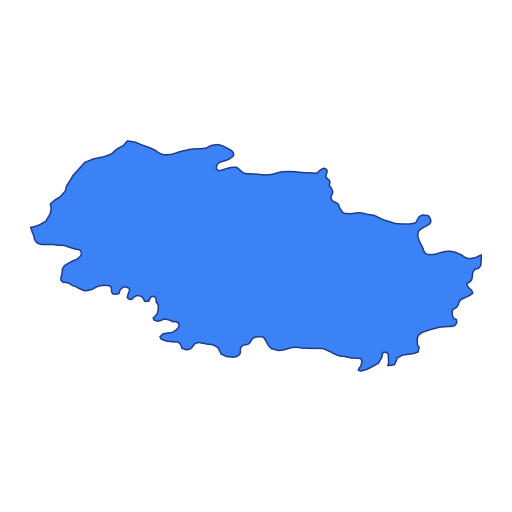 Maladzyechna, Minsk, Belarus
{"feature_id": "67162791B22380901430791", "entity_name": "Maladzyechna", "entity_type": "district", "adm_level": 2, "iso_a3": "BLR", "parent_name": "Belarus", "parent_adm1": "Minsk", "projection": "equal_earth", "projection_center": [26.93, 54.243], "detail": "fine", "context": "isolated", "style": "filled", "palette": "blue", "viewbox_px": 512, "rotation_deg": 0, "n_neighbors": 0, "source": "geoboundaries", "source_scale": "gbopen_adm2", "svg_char_len": 4947}
<svg xmlns="http://www.w3.org/2000/svg" viewBox="0 0 512 512"><path d="M30.7,227.3L32.2,232.0L34.0,236.1L34.4,239.1L36.2,241.9L38.2,243.5L41.8,244.5L47.3,244.5L52.9,244.5L57.9,245.2L60.6,245.2L64.4,245.5L68.9,247.1L71.4,247.9L75.2,249.1L79.1,249.7L80.6,250.7L81.5,253.8L80.4,256.3L77.2,259.1L72.7,260.9L68.2,263.4L64.4,265.7L62.3,269.1L62.3,271.4L61.6,275.4L60.9,277.7L60.9,280.1L63.2,282.4L65.7,282.4L69.0,283.2L72.4,285.5L75.4,286.4L78.7,288.3L84.6,290.8L86.9,290.6L90.7,289.8L93.4,288.7L95.7,287.3L98.4,286.2L102.5,285.4L105.8,285.4L109.7,285.7L111.3,287.7L111.5,289.5L111.5,291.6L112.6,293.8L116.0,294.3L118.9,293.6L119.8,291.0L120.3,289.5L123.5,286.9L125.5,286.9L129.1,288.2L129.5,290.3L128.9,292.3L128.0,294.4L127.3,297.7L129.5,299.4L131.8,299.4L133.4,297.5L136.3,295.7L137.9,295.7L140.4,295.9L142.6,297.5L143.8,299.2L144.2,300.7L144.9,301.3L146.9,301.3L148.7,301.2L149.9,298.7L150.8,297.0L153.0,296.2L154.6,296.9L156.2,298.7L156.2,302.0L158.2,304.8L158.2,309.1L157.7,312.5L156.8,314.3L155.5,315.8L153.2,318.0L154.1,320.1L157.5,321.2L160.0,320.8L163.4,319.3L166.3,319.1L170.1,320.4L172.6,321.7L176.0,321.6L179.2,323.7L178.5,327.5L176.0,330.1L172.2,332.5L167.2,333.1L163.1,333.8L160.0,336.7L161.3,339.2L166.1,341.0L173.1,341.9L177.3,341.9L179.8,343.3L181.0,345.3L181.9,348.3L186.6,349.8L189.5,349.3L191.8,347.6L193.4,345.6L195.2,343.3L199.0,342.5L201.5,343.0L208.3,344.3L210.8,344.3L213.5,345.0L217.8,347.5L219.4,350.4L221.2,354.1L226.4,356.5L233.2,357.2L236.8,356.5L239.7,354.4L240.4,352.2L240.4,348.5L241.5,346.5L243.5,345.0L245.7,344.8L248.1,344.1L249.7,343.0L250.7,341.4L252.0,339.3L253.5,337.8L255.7,337.0L257.7,336.8L259.7,336.8L261.9,336.6L263.7,337.6L265.8,340.7L267.2,343.5L269.3,346.6L271.5,348.7L278.5,350.5L282.0,350.2L285.6,349.4L288.8,348.4L292.6,347.4L298.3,347.4L302.9,348.2L305.4,348.2L311.4,348.4L314.5,348.4L320.5,348.4L323.7,348.7L330.4,351.8L334.0,353.8L340.0,356.1L344.2,356.4L351.3,358.0L357.3,358.2L360.8,358.5L361.9,361.1L361.5,363.4L360.8,366.2L359.4,367.8L358.4,370.1L360.5,371.1L366.5,369.6L370.7,367.5L374.9,365.2L378.5,363.1L382.0,356.9L382.3,353.8L383.8,352.3L386.2,352.3L388.3,354.3L388.4,358.2L388.7,362.1L387.9,365.6L391.2,365.2L394.4,364.7L396.1,361.1L397.2,358.0L402.5,355.1L408.1,354.3L413.4,353.6L418.0,352.0L419.1,347.4L417.3,344.5L417.3,340.7L417.3,337.8L418.7,335.0L422.2,332.4L429.3,329.9L435.3,328.3L439.1,327.3L443.7,326.8L448.7,326.5L452.9,326.3L455.4,325.0L456.8,322.4L456.4,319.6L453.9,318.5L452.5,316.0L452.2,312.6L452.2,310.3L454.6,308.5L456.7,307.2L458.1,304.9L458.9,302.4L460.7,299.7L465.4,297.4L470.0,295.3L472.7,293.3L471.7,290.4L468.9,287.9L467.1,285.5L466.9,283.3L469.6,282.1L471.4,280.3L472.2,277.7L472.5,274.2L472.7,272.6L474.8,269.2L478.4,268.5L480.7,265.6L481.0,262.4L481.3,258.9L481.3,255.0L478.8,256.0L476.2,257.4L472.3,258.3L468.4,258.6L465.4,257.6L463.7,256.6L462.3,255.4L458.3,253.5L455.7,252.4L453.1,251.7L449.9,251.2L446.3,251.4L442.1,252.2L438.7,253.2L436.1,254.0L434.2,254.4L431.4,254.6L429.0,254.6L426.8,254.3L424.9,252.9L423.6,250.7L423.0,248.3L421.3,245.0L419.7,242.0L418.7,239.4L418.0,236.8L417.7,235.7L418.2,232.3L418.8,231.0L420.0,229.7L423.6,227.4L427.0,225.6L429.8,223.7L430.9,221.4L430.3,218.7L429.2,216.7L427.9,215.6L422.8,215.0L420.8,215.7L418.9,217.1L417.9,218.9L416.9,220.6L416.5,221.9L414.3,223.3L412.3,223.6L409.0,224.0L403.2,224.0L400.3,223.9L396.7,223.7L393.7,223.1L390.6,222.0L388.0,221.2L384.4,220.2L381.8,219.0L378.9,217.7L376.1,216.2L373.5,215.2L370.3,214.8L367.5,214.4L365.2,213.8L363.3,213.2L360.2,212.8L357.4,212.8L354.1,213.3L351.4,213.7L347.6,213.6L345.0,213.5L343.1,212.7L341.7,211.2L340.4,209.1L339.4,207.6L338.6,204.6L337.2,203.3L334.7,202.0L332.4,200.8L331.4,199.4L331.0,198.1L331.0,196.9L331.3,195.7L332.7,193.0L332.7,191.5L331.4,188.2L329.2,185.8L330.0,182.1L328.8,179.7L327.8,179.2L325.9,176.8L326.1,175.1L327.1,171.6L326.9,170.1L325.6,168.7L323.9,168.3L321.9,169.0L319.1,171.0L318.1,172.2L316.3,173.3L312.6,173.0L309.0,172.8L305.9,172.8L300.5,172.4L296.6,171.9L293.9,171.7L289.0,171.5L284.4,171.6L280.6,172.0L276.1,173.2L272.8,174.2L270.1,174.7L266.3,174.9L262.4,174.8L257.7,174.2L253.9,174.0L249.3,173.8L245.6,173.6L243.0,172.7L238.3,168.6L236.2,167.2L231.6,167.4L228.1,168.1L223.9,169.4L221.0,170.4L218.4,170.7L216.4,168.7L216.6,166.2L217.3,164.2L219.3,162.5L221.5,161.7L225.4,160.6L228.7,159.3L232.6,156.7L233.7,154.9L233.3,152.7L231.6,150.6L226.2,147.7L223.6,146.3L219.6,144.9L216.6,144.6L211.1,145.5L208.2,147.0L205.9,148.2L202.1,148.6L200.3,148.8L194.7,148.8L188.3,149.6L185.2,150.6L183.1,150.8L178.5,152.1L174.3,153.6L171.8,154.4L166.9,154.7L163.0,154.7L158.8,152.9L155.2,150.3L150.0,147.8L141.9,145.0L135.5,142.2L127.4,140.9L127.2,141.2L123.2,145.7L117.3,148.7L111.0,154.2L103.7,156.8L93.8,158.8L84.8,162.4L79.8,168.0L73.0,175.5L69.8,181.0L66.6,185.9L65.3,191.2L59.8,197.1L55.3,199.7L50.3,204.0L51.2,208.2L50.3,213.5L47.5,218.4L45.7,221.3L39.4,224.9L33.5,226.9L30.7,227.3Z" fill="#3b82f6" stroke="#1e3a8a" stroke-width="1.5"/></svg>